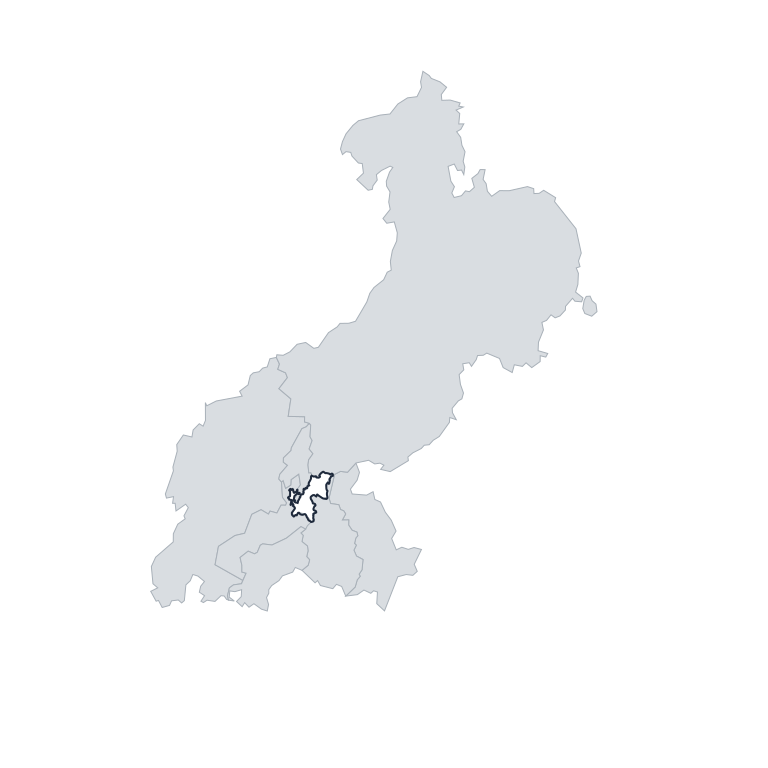 Tajikistan highlighted, Robinson projection, rotated 296°
{"feature_id": "TJK", "entity_name": "Tajikistan", "entity_type": "country or territory", "adm_level": 0, "iso_a3": "TJK", "parent_name": "Asia", "parent_adm1": "", "projection": "robinson", "projection_center": [70.744, 38.86], "detail": "fine", "context": "with_neighbors", "style": "outline", "palette": "slate", "viewbox_px": 768, "rotation_deg": 296, "n_neighbors": 7, "source": "natural_earth", "source_scale": "50m", "svg_char_len": 11647}
<svg xmlns="http://www.w3.org/2000/svg" viewBox="0 0 768 768"><g transform="rotate(296 384 384)"><path d="M360.7,275.6L356.1,281.3L350.6,282.1L350.9,290.6L347.4,294.4L333.7,291.6L329.8,306.8L312.9,312.1L319.8,327.0L315.1,329.2L315.9,334.1L311.5,332.9L307.9,329.8L286.0,328.7L283.5,329.6L273.5,326.0L269.6,327.8L268.6,332.9L257.1,329.9L252.5,331.1L250.9,334.9L237.7,342.4L234.5,348.6L231.9,348.7L230.0,344.6L221.1,344.3L219.8,337.3L216.4,337.2L217.1,328.6L208.9,322.3L188.8,324.2L182.5,316.5L165.5,306.4L147.5,311.4L145.6,343.1L142.0,343.5L137.5,336.8L133.0,334.4L124.9,336.2L121.6,339.0L121.4,336.9L123.4,333.3L122.3,330.3L114.5,327.4L112.1,319.7L108.4,317.5L108.5,314.7L115.1,315.5L115.9,309.3L121.9,307.9L127.8,309.2L129.8,300.9L129.0,295.7L122.2,296.1L116.6,294.0L101.8,299.5L98.5,298.1L99.7,293.8L96.0,288.1L91.0,288.3L85.9,282.6L90.6,276.2L88.9,274.4L95.4,265.2L101.6,270.0L103.2,263.9L118.0,254.9L128.3,254.7L149.7,263.8L157.1,260.3L167.6,260.1L175.7,264.4L177.8,262.0L187.1,262.3L189.0,258.4L178.7,252.7L185.2,248.6L184.1,246.3L190.5,244.2L186.1,238.5L189.3,235.7L213.6,232.8L216.8,230.7L232.9,227.6L238.7,224.3L250.2,226.0L252.2,234.6L259.0,232.6L267.3,235.4L266.8,239.9L273.0,239.5L289.0,231.6L286.7,234.2L295.2,240.7L310.9,261.8L314.2,257.4L323.6,262.2L333.0,260.1L336.7,261.6L340.3,266.4L345.1,268.0L348.2,271.6L356.7,270.4L360.7,275.6Z" fill="#d9dde1" stroke="#a8b0b8" stroke-width="1"/><path d="M145.6,343.1L147.5,311.4L165.5,306.4L182.5,316.5L188.8,324.2L208.9,322.3L217.1,328.6L216.4,337.2L219.8,337.3L221.1,344.3L230.0,344.6L231.9,348.7L234.5,348.6L237.7,342.4L250.9,334.9L253.0,335.7L247.1,341.3L252.3,344.5L257.3,342.4L265.7,346.9L256.7,353.1L248.4,352.5L247.4,350.1L248.9,346.1L239.4,348.1L233.8,358.4L227.8,358.0L226.0,361.8L231.2,363.9L232.6,370.3L228.5,379.1L219.2,377.2L219.4,371.9L202.7,363.9L190.2,353.9L187.1,345.0L184.8,343.5L177.2,343.9L174.6,342.1L174.2,335.2L165.0,330.7L158.8,335.7L152.7,338.7L153.5,343.0L145.6,343.1Z" fill="#d9dde1" stroke="#a8b0b8" stroke-width="1"/><path d="M300.7,393.4L293.8,400.7L285.8,402.0L274.8,399.9L271.2,403.6L276.5,417.1L282.4,421.4L276.2,426.4L276.4,432.6L269.4,441.3L264.8,450.2L257.1,459.3L248.5,458.6L240.3,467.7L245.1,471.6L246.0,478.3L250.2,482.7L251.7,490.2L235.2,490.2L230.2,496.0L224.7,493.8L222.5,487.5L216.8,480.9L180.3,483.9L183.4,473.8L194.2,469.3L193.6,465.3L190.1,463.9L190.0,456.3L183.0,452.4L176.6,442.6L188.9,447.1L196.3,445.8L200.7,446.9L202.2,445.0L207.4,445.7L217.0,442.1L217.3,434.7L221.5,429.8L227.0,429.8L227.8,427.4L233.4,426.2L236.1,427.0L239.0,424.6L238.6,419.4L241.7,414.1L246.4,411.9L243.5,406.2L250.4,406.5L252.4,403.3L252.1,400.0L255.7,396.3L253.2,388.4L257.3,384.6L281.1,379.2L286.4,383.2L288.7,389.9L300.7,393.4Z" fill="#d9dde1" stroke="#a8b0b8" stroke-width="1"/><path d="M219.2,377.2L223.1,377.3L230.7,380.1L235.9,377.4L238.3,379.0L240.7,375.1L244.9,375.2L246.8,370.5L249.9,367.5L253.7,369.4L253.0,372.1L255.1,372.5L254.5,379.8L257.3,382.6L263.0,379.9L267.4,376.0L279.8,376.7L281.1,379.2L257.3,384.6L253.2,388.4L255.7,396.3L252.1,400.0L252.4,403.3L250.4,406.5L243.5,406.2L246.4,411.9L241.7,414.1L238.6,419.4L239.0,424.6L236.1,427.0L233.4,426.2L227.8,427.4L227.0,429.8L221.5,429.8L217.3,434.7L217.0,442.1L207.4,445.7L202.2,445.0L200.7,446.9L196.3,445.8L188.9,447.1L176.6,442.6L183.5,434.7L183.1,429.1L177.6,427.7L175.0,415.2L178.2,410.5L175.1,409.2L180.6,392.0L187.9,395.3L193.4,394.2L195.0,390.2L200.7,388.9L204.8,386.3L206.4,379.4L212.5,377.7L213.7,374.6L219.2,377.2Z" fill="#d9dde1" stroke="#a8b0b8" stroke-width="1"/><path d="M250.9,334.9L252.5,331.1L257.1,329.9L268.6,332.9L269.6,327.8L273.5,326.0L283.5,329.6L286.0,328.7L307.9,329.8L311.5,332.9L315.9,334.1L315.0,336.1L304.1,340.7L301.7,344.2L292.8,345.2L290.2,350.7L282.7,349.5L277.9,351.2L271.2,355.3L272.2,357.3L270.2,359.3L256.8,360.6L248.0,357.8L240.3,358.4L241.0,353.5L248.7,354.9L251.3,352.2L256.7,353.1L265.7,346.9L257.3,342.4L252.3,344.5L247.1,341.3L253.0,335.7L250.9,334.9Z" fill="#d9dde1" stroke="#a8b0b8" stroke-width="1"/><path d="M121.6,339.0L124.9,336.2L133.0,334.4L137.5,336.8L142.0,343.5L153.5,343.0L152.7,338.7L158.8,335.7L165.0,330.7L174.2,335.2L174.6,342.1L177.2,343.9L184.8,343.5L187.1,345.0L190.2,353.9L202.7,363.9L219.4,371.9L219.2,377.2L213.7,374.6L212.5,377.7L206.4,379.4L204.8,386.3L200.7,388.9L195.0,390.2L193.4,394.2L187.9,395.3L180.6,392.0L180.2,384.7L174.9,384.4L167.0,376.8L161.3,375.8L153.6,371.4L148.6,370.6L145.4,372.2L140.6,372.0L135.2,376.9L128.8,378.6L127.9,372.5L129.5,363.4L124.2,360.5L126.4,354.6L121.7,354.1L123.9,346.8L130.3,348.9L136.7,346.2L132.0,341.0L130.4,336.1L124.6,338.3L123.3,344.6L121.6,339.0Z" fill="#d9dde1" stroke="#a8b0b8" stroke-width="1"/><path d="M542.4,543.7L536.0,541.0L535.4,533.6L538.9,529.6L547.0,527.2L551.4,527.4L553.3,530.7L550.1,534.5L548.7,539.5L542.4,543.7ZM315.9,334.1L315.1,329.2L319.8,327.0L312.9,312.1L329.8,306.8L333.7,291.6L347.4,294.4L350.9,290.6L350.6,282.1L356.1,281.3L360.7,275.6L363.3,274.9L365.6,280.8L371.6,285.3L381.6,288.5L387.0,295.4L385.3,305.3L388.2,308.9L405.9,311.6L414.8,316.9L419.2,317.9L423.2,325.8L427.9,330.9L450.2,332.6L459.3,331.5L466.4,332.7L477.5,338.0L485.9,337.9L489.5,340.6L496.9,336.0L507.7,333.0L518.1,332.7L525.7,329.7L534.2,322.2L529.7,316.0L532.3,310.5L543.7,313.0L549.6,308.5L559.3,305.2L563.0,299.6L567.2,297.2L576.9,296.1L582.5,297.0L582.5,294.0L574.8,288.1L568.8,285.4L564.3,288.5L557.3,287.2L553.8,288.2L551.2,284.8L555.8,269.9L564.5,273.1L572.6,267.8L571.4,264.1L574.8,255.3L577.6,252.6L576.2,248.0L572.0,246.1L576.1,241.9L583.7,240.4L592.2,240.2L602.8,242.7L609.5,245.7L624.1,262.8L629.3,271.0L641.7,273.7L651.5,279.7L656.7,287.7L667.0,287.7L671.7,284.4L682.1,281.9L681.0,289.5L679.4,292.6L680.1,301.9L678.1,310.2L669.3,308.6L664.3,311.6L668.2,319.0L670.0,329.2L666.5,329.4L667.7,333.8L661.8,328.7L660.3,333.5L650.5,337.2L652.8,341.7L646.6,341.4L642.6,338.7L639.3,344.8L632.7,349.4L628.3,355.0L618.9,357.5L614.5,361.5L607.2,363.9L610.3,359.9L608.1,356.5L612.5,350.7L607.7,346.2L595.6,355.2L592.2,360.8L585.4,361.2L582.4,365.3L587.2,371.1L593.3,372.6L594.3,376.5L600.4,379.0L607.3,372.8L614.3,376.2L618.9,376.4L621.0,380.9L611.3,383.4L608.8,388.0L602.6,392.4L599.9,398.5L608.5,403.2L612.6,411.8L624.3,426.4L625.2,432.9L620.9,435.3L623.4,439.9L628.1,442.6L626.7,456.6L622.7,457.3L607.7,488.5L588.1,503.9L579.8,504.9L575.4,508.7L572.6,505.9L568.7,510.2L558.5,514.6L550.6,515.9L548.6,525.1L544.5,525.6L542.1,519.3L543.7,515.9L533.4,513.1L530.0,514.6L522.3,512.3L518.5,508.8L519.4,503.8L512.4,502.2L508.6,498.9L502.5,503.6L489.3,504.5L481.5,507.9L483.2,517.8L479.1,517.6L477.9,512.0L472.6,514.5L463.5,509.6L465.3,502.4L460.5,500.7L458.4,492.7L450.5,494.2L451.0,483.9L457.6,476.6L456.8,462.8L453.4,460.7L450.6,455.6L446.3,456.2L438.2,454.9L440.5,451.3L436.7,445.9L431.7,449.5L425.4,447.4L417.1,452.9L410.7,459.4L404.8,460.5L401.4,458.2L392.1,455.9L388.2,458.1L383.6,464.6L382.7,457.8L378.2,459.6L361.1,456.7L355.0,452.9L349.2,451.2L346.6,447.0L342.4,445.8L334.8,440.1L328.8,437.5L325.8,439.5L308.0,428.0L305.8,418.4L311.0,419.5L311.1,415.1L308.1,410.7L308.7,403.6L300.7,393.4L288.7,389.9L286.4,383.2L281.1,379.2L279.8,376.7L278.8,368.4L274.4,366.4L272.1,367.3L270.2,359.3L272.2,357.3L271.2,355.3L277.9,351.2L282.7,349.5L290.2,350.7L292.8,345.2L301.7,344.2L304.1,340.7L315.0,336.1L315.9,334.1Z" fill="#d9dde1" stroke="#a8b0b8" stroke-width="1"/><path d="M228.0,378.8L228.3,378.2L228.4,376.1L228.8,375.4L229.9,374.1L230.4,373.1L231.1,372.3L231.5,372.0L231.9,371.4L232.3,370.7L232.4,370.2L232.3,369.8L232.2,369.6L231.6,369.1L230.9,368.4L230.5,367.6L230.3,366.6L230.2,365.9L231.0,364.0L230.8,363.6L230.6,363.3L230.2,363.2L229.6,363.1L229.0,363.2L228.3,363.2L227.7,363.1L227.6,362.9L227.6,362.1L227.4,361.9L227.2,361.7L225.7,361.3L225.4,361.1L225.3,360.9L225.9,359.0L226.1,358.8L226.4,358.5L226.7,358.2L228.0,357.6L229.3,357.9L230.5,358.1L231.7,358.3L232.1,358.4L232.8,358.4L233.2,358.4L233.6,358.1L234.1,357.5L234.3,356.6L234.5,355.7L234.9,355.7L235.2,355.8L235.4,355.6L235.4,355.4L235.5,355.2L235.9,355.3L236.0,355.3L236.1,355.1L235.8,354.7L235.6,354.2L235.7,353.9L236.4,353.8L236.8,353.7L236.8,353.3L236.6,353.2L235.6,353.3L234.5,353.2L234.4,353.1L234.5,352.9L236.8,352.4L237.9,352.6L238.7,352.7L239.0,352.6L238.6,351.9L239.2,351.8L239.2,351.5L238.6,349.5L239.0,349.3L239.3,348.9L239.3,348.1L239.6,347.8L240.0,347.5L240.6,347.8L241.6,348.5L241.9,348.7L242.1,348.7L242.6,348.5L244.2,347.7L245.1,347.3L246.2,346.7L246.4,346.4L246.8,345.5L247.0,345.5L247.3,345.6L248.3,346.5L248.8,347.1L248.8,347.3L248.6,347.5L249.5,348.0L249.3,348.4L249.2,348.6L248.0,349.5L246.9,350.4L246.8,350.6L246.8,350.8L246.8,351.0L247.0,351.2L247.5,351.4L247.9,351.6L248.2,352.1L248.4,352.5L248.8,352.6L250.5,352.3L250.9,352.3L251.0,352.4L250.9,352.7L249.4,353.2L248.7,353.6L248.6,354.4L248.4,354.6L248.1,354.7L247.8,354.8L247.3,353.9L246.8,353.7L246.1,353.4L244.7,352.9L243.9,352.6L242.5,353.0L240.8,353.5L240.6,353.8L240.4,354.2L240.4,354.4L240.5,354.8L240.4,355.0L240.1,355.1L239.7,354.8L239.3,354.6L239.0,355.1L238.8,355.8L238.7,356.4L239.0,357.2L239.2,358.5L239.8,358.4L240.3,358.4L241.3,358.0L241.8,358.0L242.5,358.2L243.8,358.2L244.9,358.2L245.1,358.2L245.4,357.9L245.6,358.0L245.9,358.3L246.9,358.0L247.7,357.9L248.2,358.0L248.5,358.1L249.0,358.9L249.3,359.4L249.8,359.6L251.3,359.4L251.7,358.7L252.1,358.6L252.7,358.5L253.2,358.4L253.6,358.1L254.1,357.8L254.6,357.8L254.8,358.0L254.8,358.5L254.8,358.9L255.1,359.1L256.0,359.1L256.4,359.3L256.5,359.7L256.4,360.4L256.8,360.6L257.0,360.6L258.3,360.0L258.6,360.0L258.9,360.3L259.4,360.8L260.0,361.2L260.4,360.6L260.9,360.1L261.8,359.9L262.3,359.7L262.9,359.7L264.5,359.9L265.1,359.9L266.2,359.9L267.1,359.8L267.8,359.4L268.2,359.2L268.8,359.0L269.5,359.0L269.9,359.1L269.9,359.6L269.9,360.4L269.8,361.0L270.4,362.1L270.7,362.6L271.1,363.0L271.2,363.3L271.1,363.5L270.7,363.7L270.5,364.0L270.4,364.3L270.6,364.6L270.8,365.6L271.2,366.4L271.7,366.8L272.4,367.1L272.8,367.0L273.1,366.4L273.5,365.9L273.9,366.0L274.6,366.0L276.3,366.5L277.9,367.3L278.4,367.7L278.6,368.2L278.2,369.3L278.2,370.0L278.3,370.8L278.7,371.3L279.0,372.3L279.1,373.1L279.3,373.4L279.4,373.6L279.2,374.4L279.1,375.1L279.3,375.4L279.8,375.7L280.6,376.4L280.7,377.0L280.5,377.4L280.0,377.8L279.3,378.2L279.1,378.3L279.0,378.2L278.7,377.9L278.0,377.2L277.5,376.9L276.5,377.0L275.9,376.9L275.2,376.7L274.6,376.7L274.2,377.1L273.9,377.5L273.3,377.6L272.4,377.9L271.0,378.3L270.3,378.3L270.1,378.1L270.2,377.8L270.7,377.5L270.8,377.1L270.7,376.7L270.3,376.6L270.1,376.6L269.9,376.5L269.0,376.3L268.3,376.3L267.1,376.8L264.8,378.0L263.8,378.8L263.1,380.1L261.0,380.5L259.5,381.2L258.0,382.4L257.0,383.0L256.5,383.1L256.0,383.0L255.5,382.7L255.1,381.7L254.6,380.2L254.4,379.2L254.5,378.0L254.7,376.6L254.9,375.1L255.2,373.4L255.4,372.9L255.4,372.5L255.2,372.3L254.7,372.3L254.0,372.5L253.5,372.5L253.2,372.4L253.3,371.6L253.6,370.2L253.1,369.0L251.6,368.1L250.4,367.7L249.4,368.0L248.5,368.8L247.8,370.0L247.1,371.0L246.3,371.8L245.8,372.2L245.6,372.3L245.5,372.7L245.9,373.7L245.9,374.6L245.4,375.3L245.0,375.6L244.4,375.6L244.0,375.4L243.7,375.1L242.8,375.1L241.4,375.2L240.5,375.5L239.9,376.1L239.8,376.9L240.0,377.8L239.9,378.5L239.5,379.0L239.1,379.3L238.8,379.4L238.2,379.0L237.3,378.0L236.6,377.5L236.3,377.4L236.1,377.5L235.9,377.6L235.7,378.0L235.4,378.1L234.9,378.0L234.6,378.1L234.3,378.4L233.7,378.8L232.5,379.1L231.9,379.6L231.8,380.0L231.6,380.2L231.3,380.2L230.2,380.8L229.4,380.6L228.6,379.8L228.1,379.1L228.0,378.8ZM249.1,355.9L248.5,356.2L248.1,356.2L247.8,355.8L247.6,355.5L247.6,355.4L248.2,355.5L248.9,355.6L249.1,355.7L249.1,355.9ZM248.8,346.3L248.6,346.3L248.2,345.9L248.1,345.6L248.5,345.7L248.8,346.1L248.8,346.3Z" fill="none" stroke="#1e293b" stroke-width="2"/></g></svg>